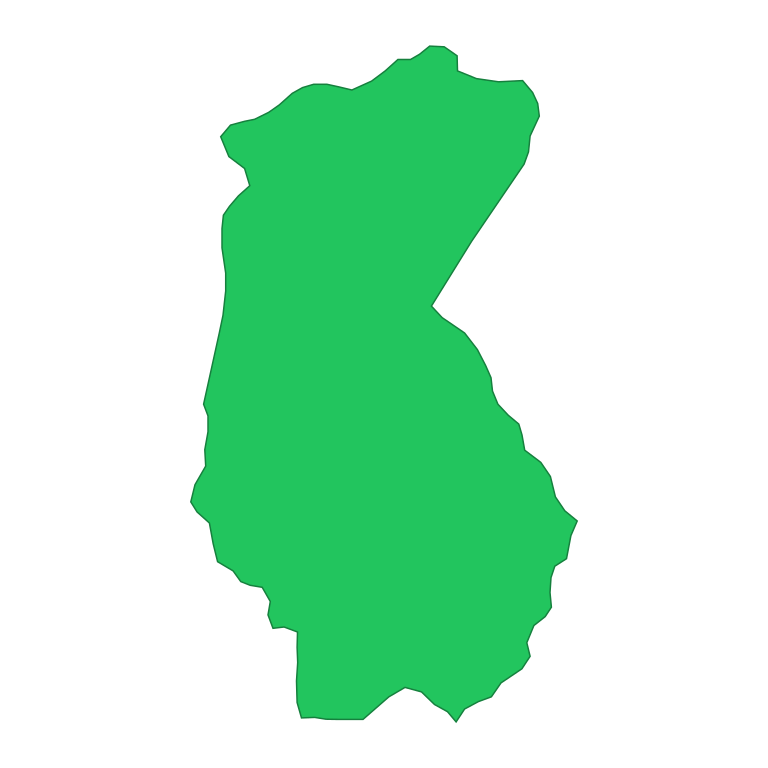 the district of Jaci, São Paulo, Brazil
{"feature_id": "56859067B21928825243135", "entity_name": "Jaci", "entity_type": "district", "adm_level": 2, "iso_a3": "BRA", "parent_name": "Brazil", "parent_adm1": "São Paulo", "projection": "natural_earth1", "projection_center": [-49.579, -20.942], "detail": "fine", "context": "isolated", "style": "filled", "palette": "green", "viewbox_px": 768, "rotation_deg": 0, "n_neighbors": 0, "source": "geoboundaries", "source_scale": "gbopen_adm2", "svg_char_len": 1469}
<svg xmlns="http://www.w3.org/2000/svg" viewBox="0 0 768 768"><path d="M577.2,521.0L564.8,510.8L555.4,496.9L550.4,476.5L540.8,462.4L524.7,450.2L522.0,435.0L518.8,424.1L508.2,415.2L497.9,404.2L492.5,391.1L491.0,377.7L485.6,365.5L477.4,349.6L464.6,333.0L454.4,326.0L442.1,317.6L431.4,306.1L471.6,241.3L524.1,164.1L528.5,151.9L530.1,136.0L539.3,116.1L537.7,103.5L532.6,92.5L522.6,80.6L498.5,81.8L476.4,78.6L457.5,70.9L457.1,55.8L444.2,46.8L429.7,46.1L419.5,54.3L410.5,59.5L397.9,59.5L385.2,70.9L371.6,81.1L351.9,90.0L338.5,86.8L327.0,84.3L313.6,84.3L302.5,87.6L292.3,93.3L279.3,104.9L268.6,112.4L254.6,119.3L244.6,121.3L230.5,125.1L220.7,136.7L228.9,156.6L244.6,168.5L249.8,185.7L238.5,195.8L229.5,206.3L223.4,215.2L222.0,228.6L222.0,247.8L225.7,273.1L225.7,291.0L223.0,315.3L219.3,333.0L203.6,404.2L208.0,415.9L208.0,431.8L204.8,449.7L205.7,466.1L195.0,484.7L190.8,501.9L197.1,512.0L209.4,523.0L213.2,543.8L217.6,561.7L233.1,570.9L240.8,581.6L250.2,585.3L262.2,587.3L270.3,601.5L268.0,614.9L273.0,628.3L284.1,627.0L297.5,632.0L297.1,647.4L297.7,662.6L296.5,680.9L297.1,702.5L301.5,717.9L314.7,717.4L326.0,719.2L338.5,719.4L363.0,719.4L371.8,711.7L388.9,696.8L405.0,687.4L421.5,691.9L434.5,704.5L447.5,711.7L456.1,721.9L464.6,709.0L478.4,701.6L491.4,696.8L501.0,682.9L521.9,668.8L530.1,656.3L526.8,642.7L533.9,625.5L545.2,616.6L551.4,607.2L550.0,592.5L551.0,577.6L554.8,566.2L566.5,558.7L570.9,535.6L577.2,521.0Z" fill="#22c55e" stroke="#15803d" stroke-width="1.5"/></svg>